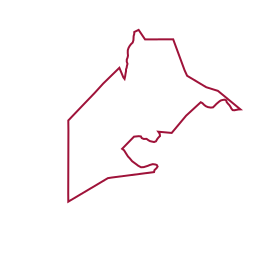 outline of Novo Oriente do Piauí, Piauí, Brazil, rotated 226°
{"feature_id": "56859067B12643710449311", "entity_name": "Novo Oriente do Piauí", "entity_type": "district", "adm_level": 2, "iso_a3": "BRA", "parent_name": "Brazil", "parent_adm1": "Piauí", "projection": "robinson", "projection_center": [-42.009, -6.478], "detail": "fine", "context": "isolated", "style": "outline", "palette": "rose", "viewbox_px": 256, "rotation_deg": 226, "n_neighbors": 0, "source": "geoboundaries", "source_scale": "gbopen_adm2", "svg_char_len": 1374}
<svg xmlns="http://www.w3.org/2000/svg" viewBox="0 0 256 256"><g transform="rotate(226 128 128)"><path d="M63.3,221.8L92.2,218.5L103.0,212.6L124.5,206.8L130.2,208.8L160.4,222.1L179.9,201.8L191.2,203.8L192.7,199.2L191.3,197.8L190.2,195.9L188.7,194.3L187.4,192.9L186.2,190.7L186.2,188.1L185.8,185.9L185.2,184.0L184.1,181.9L182.1,179.9L180.0,178.2L178.9,176.5L178.1,174.7L176.6,173.2L174.5,172.2L173.3,170.2L172.3,168.9L171.6,167.4L170.2,166.0L168.9,164.1L167.2,161.9L165.7,159.6L167.6,159.8L177.3,163.6L177.2,141.0L176.4,128.7L175.7,110.0L174.9,90.3L167.5,83.3L122.1,39.2L116.5,33.9L106.5,76.2L105.9,78.7L103.8,81.7L78.2,116.1L79.3,117.8L79.3,120.6L79.7,122.5L81.4,123.0L82.8,122.3L84.8,120.7L86.2,118.1L87.0,116.0L88.9,112.2L90.7,110.1L93.9,109.1L95.4,108.9L98.3,108.4L101.3,107.9L105.0,108.2L107.5,108.2L109.6,108.6L114.8,109.7L117.1,109.3L117.6,126.3L114.7,130.0L113.0,131.4L111.2,130.9L109.2,131.7L107.3,133.8L105.0,134.2L103.3,134.7L101.9,135.6L99.8,137.0L99.0,138.9L99.7,141.2L100.0,143.3L100.0,145.4L101.8,146.8L104.3,147.2L94.1,156.0L96.5,178.4L96.0,198.2L94.2,198.8L92.0,198.8L89.7,199.1L87.5,200.0L85.1,201.8L83.8,203.5L83.8,205.9L83.9,208.2L83.7,211.7L83.4,213.7L82.7,215.1L81.4,217.1L79.5,217.8L78.1,217.0L75.8,216.8L74.1,216.8L72.3,216.5L70.3,215.9L68.2,215.7L66.9,216.8L65.8,218.5L64.7,220.2L63.3,221.8Z" fill="none" stroke="#9f1239" stroke-width="2"/></g></svg>